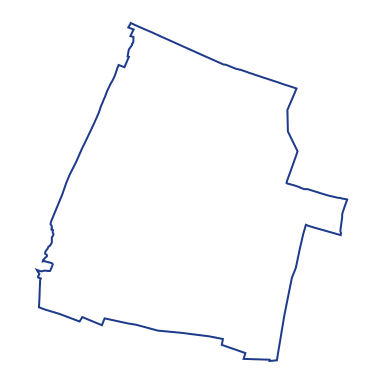 Desa, Dolj, Romania
{"feature_id": "2599482B69091861879874", "entity_name": "Desa", "entity_type": "district", "adm_level": 2, "iso_a3": "ROU", "parent_name": "Romania", "parent_adm1": "Dolj", "projection": "natural_earth1", "projection_center": [23.007, 43.851], "detail": "fine", "context": "isolated", "style": "outline", "palette": "blue", "viewbox_px": 384, "rotation_deg": 0, "n_neighbors": 0, "source": "geoboundaries", "source_scale": "gbopen_adm2", "svg_char_len": 3363}
<svg xmlns="http://www.w3.org/2000/svg" viewBox="0 0 384 384"><path d="M276.9,360.3L278.7,349.1L280.1,341.0L281.7,331.1L284.5,314.5L291.9,277.7L295.8,268.0L300.1,247.5L303.2,234.2L305.9,224.8L307.7,225.6L313.5,227.4L316.7,228.3L340.7,235.1L340.7,234.0L340.9,233.6L341.0,233.1L340.9,232.7L340.8,232.4L340.7,232.2L340.6,231.9L340.5,231.7L340.4,231.3L340.4,230.9L340.4,230.6L340.8,227.2L342.2,217.2L342.1,215.7L342.2,214.8L342.3,213.8L344.3,207.5L345.8,203.4L347.2,199.5L346.1,199.2L343.0,198.7L341.9,198.5L341.0,198.2L340.3,197.9L339.6,197.9L338.0,197.8L327.7,195.4L321.5,193.5L308.7,189.5L308.0,189.3L307.1,189.1L306.1,189.1L305.4,189.1L305.0,189.1L304.5,189.1L303.3,188.8L300.6,187.8L300.2,187.6L299.9,187.4L299.7,187.2L294.6,185.5L291.8,184.7L287.6,183.6L287.1,183.4L286.7,183.2L286.5,182.9L287.3,180.2L289.5,174.1L290.9,170.3L297.3,152.2L297.4,151.8L297.5,151.4L297.5,151.2L287.9,131.5L287.4,110.0L288.7,106.9L295.0,92.2L296.5,88.5L289.0,86.0L285.0,84.8L277.6,82.2L269.9,79.7L267.6,78.9L266.1,78.4L264.9,78.1L260.6,76.6L254.5,74.6L253.5,74.2L252.3,73.8L250.6,73.3L248.7,72.7L247.8,72.3L246.1,71.7L240.4,69.7L239.9,69.8L238.7,69.4L237.4,69.0L236.3,68.9L235.2,68.5L234.2,68.1L228.8,65.9L225.8,64.7L224.8,64.6L223.9,64.6L223.3,64.4L200.8,54.4L191.2,50.1L183.0,46.4L165.7,38.6L161.8,36.9L153.3,33.0L136.5,25.7L130.7,23.0L130.6,23.3L130.0,24.5L128.3,27.5L133.6,29.5L130.4,36.1L133.5,37.0L133.5,37.8L133.4,39.1L133.4,40.0L133.4,40.9L133.3,42.1L132.9,42.9L132.4,43.3L132.0,43.8L132.1,44.5L132.0,44.9L131.8,45.2L131.8,45.4L131.5,45.7L128.8,49.6L127.6,56.5L128.9,56.9L127.3,60.5L124.5,67.2L118.6,65.0L117.1,68.8L115.7,73.2L114.3,77.0L112.2,81.1L110.7,83.6L107.3,90.7L105.9,94.3L104.7,97.6L104.3,98.2L103.8,99.3L103.1,101.2L102.5,102.8L101.9,103.9L101.0,106.1L100.5,107.5L100.2,108.6L98.8,112.7L93.9,123.8L85.4,141.7L82.0,148.6L76.1,162.0L69.5,175.1L66.4,182.5L62.4,194.1L51.2,221.2L50.5,224.2L51.6,225.8L51.8,226.2L51.8,226.6L51.8,227.0L51.7,227.3L51.7,227.6L51.7,227.8L51.9,228.0L51.9,228.3L51.8,228.6L51.7,228.7L51.6,228.8L51.4,229.0L51.5,229.6L51.8,229.6L52.2,229.8L52.9,230.0L53.0,230.1L53.0,230.4L52.9,230.7L52.7,231.1L52.7,231.3L52.7,232.0L52.8,232.4L52.9,233.1L53.3,233.8L53.4,234.3L53.2,235.2L52.6,236.3L52.1,237.0L51.9,237.4L51.8,238.2L51.8,240.6L51.8,242.3L51.6,243.1L51.2,243.8L50.7,244.3L50.4,244.9L50.4,245.3L50.1,245.6L49.7,246.0L49.1,246.3L48.6,246.5L48.3,246.9L48.0,247.9L47.7,248.5L47.4,248.9L47.1,249.3L46.8,249.7L46.5,250.1L45.8,250.9L45.4,251.8L45.1,253.0L45.3,254.0L46.8,254.9L47.0,256.0L46.4,256.9L45.4,257.5L45.1,257.9L44.3,258.8L43.4,259.7L42.9,260.4L42.9,260.8L42.8,261.3L43.1,261.2L43.8,261.2L44.2,261.2L44.8,261.2L45.3,261.3L46.5,261.8L47.3,262.0L47.9,262.1L49.4,262.5L50.1,262.7L50.7,262.7L51.6,263.1L52.1,263.4L52.6,264.0L52.8,264.5L50.2,270.8L49.5,271.0L48.5,271.0L47.4,270.9L45.9,270.7L44.0,270.7L42.5,271.1L41.2,271.3L39.7,270.9L38.1,270.4L36.8,269.9L37.5,271.2L37.7,271.5L37.9,271.8L38.4,272.5L38.8,273.1L39.2,273.5L39.4,273.9L38.8,275.0L38.6,275.8L38.1,276.3L38.0,277.1L38.1,277.3L38.8,277.8L39.7,278.1L40.8,278.5L40.1,280.2L40.1,281.8L39.8,287.5L39.5,296.6L39.0,307.3L45.1,309.6L59.4,313.9L79.6,321.5L82.3,317.1L101.9,325.2L104.6,318.4L128.3,323.5L135.9,324.7L157.8,330.6L181.0,332.8L209.6,336.4L222.9,339.0L221.8,344.9L245.4,353.1L243.6,358.9L269.6,359.7L269.5,361.0L276.9,360.3Z" fill="none" stroke="#1e3a8a" stroke-width="2"/></svg>